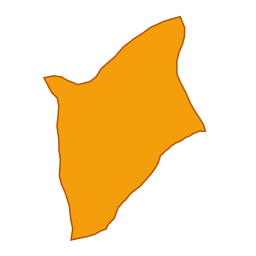 the district of Aniocha North, Delta, Nigeria, rotated 172°
{"feature_id": "59680162B16701148271715", "entity_name": "Aniocha North", "entity_type": "district", "adm_level": 2, "iso_a3": "NGA", "parent_name": "Nigeria", "parent_adm1": "Delta", "projection": "natural_earth1", "projection_center": [6.478, 6.367], "detail": "fine", "context": "isolated", "style": "filled", "palette": "amber", "viewbox_px": 256, "rotation_deg": 172, "n_neighbors": 0, "source": "geoboundaries", "source_scale": "gbopen_adm2", "svg_char_len": 1445}
<svg xmlns="http://www.w3.org/2000/svg" viewBox="0 0 256 256"><g transform="rotate(172 128 128)"><path d="M51.8,114.2L52.8,120.9L56.1,128.4L60.0,136.5L62.9,144.3L66.1,155.6L66.2,156.0L69.6,165.5L72.0,174.4L71.0,183.0L70.6,186.7L66.8,196.3L62.6,203.0L59.3,210.9L57.9,219.3L60.8,231.0L70.3,229.8L77.4,228.6L91.5,224.6L100.0,220.0L104.5,217.9L106.1,217.2L110.9,214.9L115.9,212.0L121.8,208.6L130.7,200.7L135.8,197.4L136.9,196.7L146.3,190.5L149.4,186.8L152.4,183.2L157.3,180.4L159.5,179.2L161.6,179.0L171.3,177.9L181.1,183.4L181.3,183.4L187.0,187.9L194.1,190.0L204.2,189.4L198.7,173.8L194.0,167.7L193.5,159.8L195.1,151.8L195.8,148.6L196.5,146.0L198.1,139.7L198.1,126.2L198.2,125.3L199.5,115.0L199.4,110.5L199.4,106.6L200.0,103.1L200.8,98.8L202.7,89.8L201.7,81.4L199.3,73.1L196.9,59.1L196.9,58.8L197.3,51.8L197.3,44.6L196.8,35.6L198.5,30.1L199.2,27.8L200.0,25.0L193.0,25.6L183.5,26.2L175.5,27.4L173.9,28.1L172.7,28.6L172.2,28.8L168.1,30.2L165.8,30.6L163.8,31.0L161.5,34.7L154.6,40.2L154.2,40.5L149.1,50.1L144.9,53.9L142.3,56.3L140.9,56.7L134.0,63.1L131.7,64.4L129.0,65.9L124.0,68.7L123.9,68.7L121.2,71.1L112.0,79.0L109.5,81.3L108.1,82.9L107.1,84.1L106.9,84.3L105.9,85.5L103.4,88.7L101.4,92.4L99.7,96.2L98.1,97.1L94.5,99.8L91.3,101.6L88.5,103.5L86.8,104.9L85.2,105.3L84.7,105.6L83.0,106.4L82.4,106.7L78.8,107.5L76.4,108.4L72.0,110.7L68.0,111.6L64.0,113.4L57.2,115.1L54.1,114.1L51.8,114.2Z" fill="#f59e0b" stroke="#b45309" stroke-width="1.5"/></g></svg>